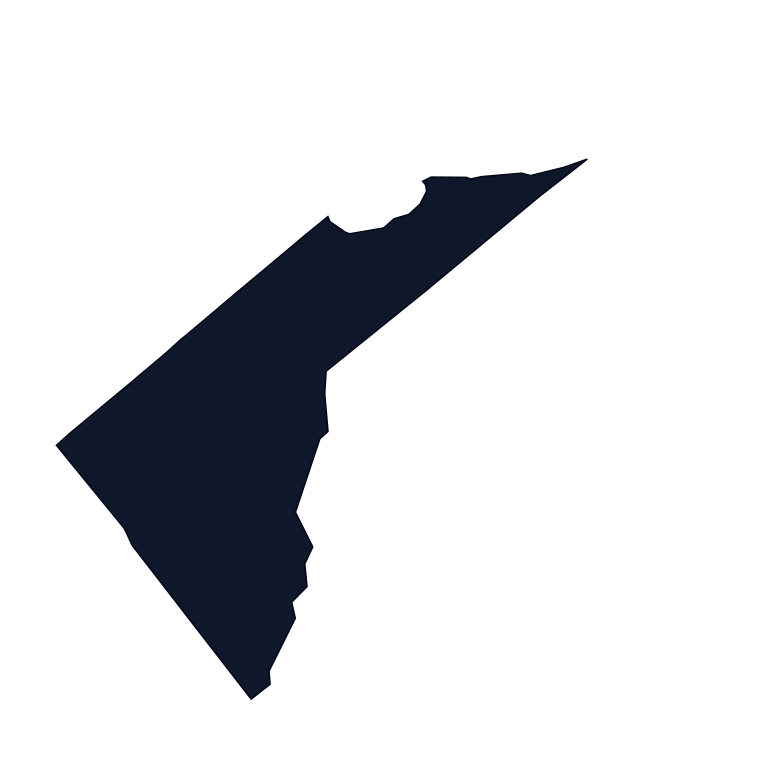 Lucas, Ohio, United States of America (Natural Earth projection), rotated 322°
{"feature_id": "52423323B77631375313133", "entity_name": "Lucas", "entity_type": "district", "adm_level": 2, "iso_a3": "USA", "parent_name": "United States of America", "parent_adm1": "Ohio", "projection": "natural_earth1", "projection_center": [-83.542, 41.574], "detail": "fine", "context": "isolated", "style": "filled", "palette": "ink", "viewbox_px": 768, "rotation_deg": 322, "n_neighbors": 0, "source": "geoboundaries", "source_scale": "gbopen_adm2", "svg_char_len": 885}
<svg xmlns="http://www.w3.org/2000/svg" viewBox="0 0 768 768"><g transform="rotate(322 384 384)"><path d="M85.6,474.0L85.3,550.5L109.4,550.5L116.6,539.5L169.9,514.0L176.9,499.1L198.6,496.3L210.8,477.0L227.6,468.5L235.3,430.5L299.9,387.6L310.7,386.9L331.2,355.3L346.3,338.3L474.5,336.3L622.3,331.9L668.8,332.0L682.7,331.9L658.7,323.8L641.1,315.9L627.8,310.0L627.1,309.0L622.4,302.7L588.8,280.8L578.7,275.9L575.9,271.7L548.6,250.0L539.3,248.0L539.3,253.0L536.1,258.4L523.4,264.4L507.9,265.6L493.8,260.0L479.8,260.8L452.2,246.0L449.8,244.7L449.4,244.5L446.9,240.4L441.4,222.9L442.9,217.5L406.4,218.3L404.7,218.5L401.6,218.6L400.9,218.6L333.6,220.9L333.3,220.9L326.4,221.1L325.3,221.1L290.8,222.5L288.3,222.6L280.1,222.9L266.5,223.4L250.3,223.9L230.7,225.3L185.7,227.0L105.4,229.4L88.1,230.6L90.4,337.9L86.2,356.5L85.6,474.0Z" fill="#0f172a" stroke="#020617" stroke-width="1.5"/></g></svg>